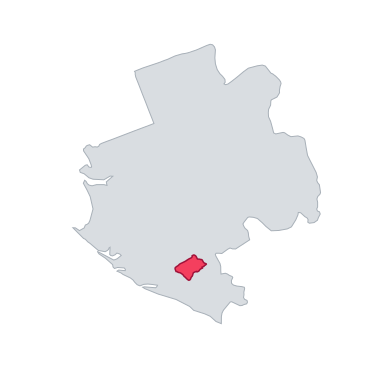 Douigni, Nyanga, Gabon (highlighted), rotated 339°
{"feature_id": "22940354B25852434445694", "entity_name": "Douigni", "entity_type": "district", "adm_level": 2, "iso_a3": "GAB", "parent_name": "Gabon", "parent_adm1": "Nyanga", "projection": "orthographic", "projection_center": [10.944, -2.448], "detail": "fine", "context": "in_parent", "style": "filled", "palette": "rose", "viewbox_px": 384, "rotation_deg": 339, "n_neighbors": 0, "source": "geoboundaries", "source_scale": "gbopen_adm2", "svg_char_len": 4618}
<svg xmlns="http://www.w3.org/2000/svg" viewBox="0 0 384 384"><g transform="rotate(339 192 192)"><path d="M265.0,64.7L264.8,67.7L261.4,75.0L259.8,80.7L259.4,86.7L260.4,91.5L262.0,95.0L263.1,98.7L262.3,101.4L260.6,102.5L261.7,103.8L264.2,104.1L268.4,103.0L274.9,101.0L283.4,98.1L289.0,96.6L298.2,97.6L303.1,98.7L305.6,100.7L308.3,109.4L309.7,110.7L311.9,114.4L313.8,118.8L314.2,121.0L314.0,122.7L312.1,125.0L310.0,128.5L309.3,130.7L307.5,132.2L305.3,133.8L299.1,134.4L298.2,135.3L296.5,139.1L293.2,142.2L291.7,145.2L290.4,149.2L290.7,154.2L290.0,161.3L289.4,166.1L291.0,167.8L298.4,169.0L299.8,170.0L301.7,173.0L304.2,175.8L311.0,177.6L313.6,179.7L315.7,182.1L316.0,184.0L314.4,191.7L313.0,199.2L313.5,204.8L314.1,210.2L314.9,218.1L314.5,222.9L312.6,225.8L312.6,228.1L313.5,230.9L311.8,238.6L310.7,239.9L307.7,241.3L306.1,243.3L305.6,246.6L303.9,251.0L302.3,252.6L302.3,254.7L303.9,256.2L303.8,258.5L300.8,261.2L299.0,263.3L295.0,264.3L290.4,263.2L289.3,261.7L290.5,259.3L290.1,257.4L288.5,255.4L286.0,250.3L283.9,249.2L282.7,251.3L278.9,255.2L272.3,260.2L267.7,260.6L259.2,259.0L252.1,256.6L248.7,250.7L246.6,245.9L243.6,240.2L240.2,237.6L236.5,235.8L234.9,235.7L229.6,238.9L228.1,240.1L228.1,242.7L228.6,245.2L229.4,246.4L230.1,248.0L229.9,250.4L229.0,253.7L228.7,257.3L212.3,260.8L209.4,259.6L207.4,257.9L204.9,258.2L197.8,260.1L195.2,258.8L192.6,257.8L191.4,258.6L191.3,260.2L192.5,268.7L192.1,271.9L190.5,276.2L189.7,279.0L194.0,279.8L195.6,281.2L197.1,283.3L199.2,285.3L199.4,286.5L197.0,288.8L196.2,291.5L197.3,293.7L200.2,295.9L204.6,298.2L206.7,299.7L206.5,301.1L204.5,304.1L203.7,306.6L202.3,308.9L202.6,311.0L204.5,312.9L204.3,314.7L203.0,316.0L200.3,315.7L198.0,315.9L196.0,315.3L189.6,308.6L188.2,308.4L179.0,313.6L176.7,315.7L174.8,318.8L172.2,325.4L168.0,321.5L164.4,314.5L160.1,310.2L151.2,303.1L148.8,298.0L138.6,286.6L124.0,275.3L113.4,265.4L111.8,263.2L113.6,263.5L123.8,268.4L125.2,267.8L126.4,266.7L122.0,264.2L117.8,262.1L113.8,260.9L109.8,261.0L107.6,258.9L106.2,255.7L105.4,253.0L103.7,250.2L98.1,244.3L96.7,242.1L93.6,239.0L95.5,238.6L101.5,241.5L102.1,240.4L101.5,238.6L95.5,235.8L92.2,235.6L91.4,233.7L91.9,231.4L87.5,222.9L83.0,216.5L82.3,213.5L94.5,227.4L96.1,227.6L98.2,227.5L103.2,225.9L102.3,224.0L100.0,222.1L97.8,223.0L95.0,223.2L93.5,222.3L92.8,220.9L95.7,214.2L94.4,214.5L93.5,215.7L91.9,216.3L89.5,216.6L83.6,213.0L78.3,203.3L76.9,201.3L75.5,197.9L74.1,196.5L68.0,182.7L70.3,183.7L73.1,187.7L78.5,186.9L80.6,184.6L82.4,184.6L84.3,184.1L86.6,181.9L93.5,172.4L95.3,159.8L94.7,152.3L93.7,144.9L96.0,142.6L96.9,144.1L97.3,146.8L98.4,148.7L100.9,150.4L105.4,150.9L112.5,153.6L115.0,155.4L115.6,151.9L123.7,148.9L121.3,147.8L114.1,149.0L104.2,144.6L100.9,141.8L97.9,136.4L94.7,133.6L94.9,131.1L102.0,128.8L103.9,129.0L104.7,131.8L106.6,132.9L107.3,132.6L107.6,130.2L107.6,123.9L105.5,114.8L106.1,113.0L108.1,112.4L109.8,111.2L111.0,111.0L113.4,111.2L114.6,113.3L115.3,114.5L117.7,115.0L119.7,116.1L121.4,115.8L122.8,114.5L124.9,114.2L131.4,114.2L137.2,114.3L148.9,114.3L160.6,114.3L172.2,114.4L181.0,114.4L181.0,109.2L180.9,101.2L180.9,91.7L180.8,82.7L180.8,74.3L180.7,64.4L181.2,61.5L181.8,60.4L181.6,58.7L190.6,58.6L206.9,59.3L214.1,59.3L216.1,59.4L225.0,58.9L232.3,59.5L235.3,60.2L238.1,60.6L246.7,61.0L258.0,60.5L261.9,60.6L264.0,62.0L265.0,64.7Z" fill="#d9dde1" stroke="#a8b0b8" stroke-width="1"/><path d="M174.4,266.8L174.4,265.8L175.9,265.8L176.5,265.7L177.1,265.2L177.9,265.0L178.5,265.0L179.5,264.5L179.5,264.1L179.0,263.6L178.6,263.3L178.2,262.9L177.7,262.2L177.5,261.6L177.4,260.9L177.3,260.2L177.2,259.3L177.0,258.8L176.4,258.3L175.8,258.1L175.4,257.7L174.8,257.3L174.0,257.0L173.2,256.6L173.0,256.3L172.9,255.0L172.8,254.2L172.7,253.4L172.3,252.6L171.7,251.8L171.0,251.4L170.2,251.4L169.5,251.5L169.1,251.7L169.1,252.3L168.6,252.8L168.0,253.1L166.6,253.3L165.6,253.3L164.0,253.6L162.5,253.9L161.4,254.2L159.7,254.4L157.5,254.6L155.5,254.7L154.2,255.0L153.3,255.5L152.4,255.8L151.4,256.0L151.2,256.0L150.7,256.1L149.9,256.4L149.3,256.6L148.9,257.1L148.7,257.6L148.6,258.3L148.6,259.2L148.6,259.7L148.6,260.5L149.4,261.0L149.8,261.3L150.1,261.9L150.3,262.1L150.9,262.5L151.4,262.8L152.0,263.2L152.5,263.8L153.0,264.6L153.6,265.4L154.0,266.3L154.2,267.1L154.4,268.0L155.0,268.9L155.4,269.8L156.0,271.2L156.5,272.1L157.0,272.9L157.5,273.3L157.9,273.3L158.5,273.3L159.4,272.8L160.0,272.1L160.5,271.5L161.1,271.1L161.8,270.8L162.6,270.1L163.4,269.0L164.1,268.1L164.7,267.8L165.9,267.7L167.3,267.7L167.8,267.8L167.8,268.2L168.2,268.4L169.1,268.4L169.8,268.3L170.6,268.0L171.2,267.5L171.8,267.1L172.9,266.9L174.4,266.8Z" fill="#f43f5e" stroke="#9f1239" stroke-width="1.5"/></g></svg>